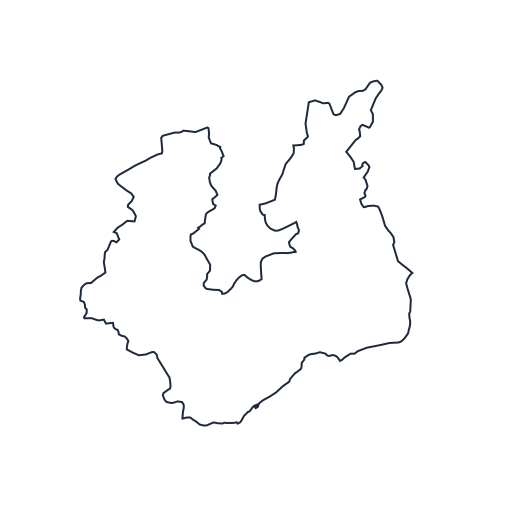 the district of Minuf, Al Minufiyah, Egypt, rotated 247°
{"feature_id": "37247803B35886288843325", "entity_name": "Minuf", "entity_type": "district", "adm_level": 2, "iso_a3": "EGY", "parent_name": "Egypt", "parent_adm1": "Al Minufiyah", "projection": "robinson", "projection_center": [30.914, 30.46], "detail": "fine", "context": "isolated", "style": "outline", "palette": "slate", "viewbox_px": 512, "rotation_deg": 247, "n_neighbors": 0, "source": "geoboundaries", "source_scale": "gbopen_adm2", "svg_char_len": 6113}
<svg xmlns="http://www.w3.org/2000/svg" viewBox="0 0 512 512"><g transform="rotate(247 256 256)"><path d="M343.2,333.6L342.1,333.2L340.8,333.2L338.6,332.2L336.8,331.3L335.9,330.8L334.2,328.5L332.1,325.2L329.1,319.3L324.8,315.5L320.9,312.2L316.6,306.6L314.0,303.9L311.3,302.0L307.0,299.6L303.0,297.2L300.4,295.3L300.7,285.3L301.2,282.2L301.8,279.4L298.2,278.0L295.6,277.5L293.8,277.9L291.5,278.3L290.2,280.1L289.2,279.6L286.2,278.6L283.0,278.0L279.5,278.4L275.4,280.1L271.7,283.6L270.7,286.8L270.6,291.8L271.4,305.0L271.7,306.3L269.3,306.3L267.1,305.7L263.0,305.6L260.4,303.7L260.5,301.5L257.6,295.0L255.9,291.8L253.6,291.3L251.0,291.2L248.7,293.0L245.5,294.3L244.2,294.0L245.2,291.5L245.2,290.2L245.7,288.4L246.7,285.2L248.1,282.5L250.5,276.2L251.5,273.5L251.8,264.5L251.0,260.8L248.4,258.0L245.3,256.6L234.3,252.7L232.5,252.1L232.1,249.4L232.1,248.0L232.6,246.2L233.6,244.4L235.9,242.2L239.1,240.0L243.2,237.9L243.7,235.6L242.9,232.0L241.2,228.3L239.1,225.1L236.9,222.7L235.6,220.0L234.0,215.8L233.6,213.1L234.4,210.1L236.4,210.5L239.1,208.7L241.9,202.9L244.3,198.9L245.7,197.1L249.3,196.3L251.5,197.3L253.6,201.4L256.7,203.3L258.4,203.8L259.3,205.6L260.5,207.9L265.8,210.4L272.6,209.6L276.6,209.3L279.3,208.5L282.0,207.2L283.8,205.9L287.0,203.2L289.3,201.5L295.5,201.6L299.1,203.1L301.3,204.5L301.2,206.8L303.2,214.1L304.6,213.7L304.9,216.0L305.8,218.7L306.1,221.5L309.6,223.4L310.1,223.8L314.0,226.2L314.9,228.1L315.3,229.9L316.0,236.3L318.1,238.6L318.7,238.2L320.8,236.8L325.3,237.9L326.5,242.0L327.3,244.3L331.8,244.4L334.0,243.6L338.1,242.3L342.1,242.4L346.5,243.5L348.3,245.3L349.7,245.7L352.0,254.1L353.7,256.8L355.0,259.1L358.0,261.9L359.8,262.4L360.6,265.2L366.0,265.3L369.6,265.0L370.4,265.7L371.8,264.4L372.3,263.9L373.6,263.1L377.3,258.6L383.6,258.8L387.1,260.7L392.3,262.2L393.3,261.4L393.6,252.3L393.7,248.7L395.6,245.5L397.4,242.4L399.8,238.0L399.4,236.6L399.5,233.9L400.6,231.2L401.4,229.4L402.7,220.1L403.1,217.2L401.8,214.9L389.5,210.9L387.9,209.9L387.3,209.5L387.9,205.0L387.6,196.8L386.9,191.8L386.7,185.0L386.4,179.1L385.6,174.1L384.9,168.2L384.2,161.8L383.4,159.0L381.7,156.7L376.8,157.0L373.2,158.8L370.4,160.5L367.3,162.2L365.4,163.5L363.5,164.8L362.2,165.7L359.2,166.3L358.2,166.5L355.2,163.2L353.1,158.2L351.3,157.2L346.3,160.3L343.7,160.7L339.6,161.0L336.9,159.0L335.3,157.7L338.6,151.4L338.2,149.2L337.0,145.1L336.2,140.0L335.4,138.2L333.7,134.5L331.4,136.7L327.9,136.6L324.7,136.6L323.1,132.9L325.3,131.1L326.3,129.3L325.9,128.0L319.8,121.9L318.6,118.7L316.4,117.3L315.4,116.8L313.3,115.8L309.8,113.5L303.1,111.9L299.6,110.9L298.4,105.4L298.1,101.4L295.6,93.6L297.1,89.5L296.7,86.8L295.1,83.1L292.4,81.2L289.4,79.8L286.6,78.1L285.4,77.4L283.6,76.9L280.9,79.6L278.2,79.5L275.1,78.5L272.9,79.3L269.8,77.9L266.8,73.7L265.7,73.7L263.0,80.4L259.3,84.4L257.9,86.6L256.9,91.1L252.4,91.5L250.4,98.2L248.2,97.7L246.4,97.2L244.5,97.6L243.3,98.5L241.9,99.8L239.7,99.7L237.5,99.2L235.2,101.0L234.2,102.3L233.3,103.7L230.2,104.9L227.5,105.3L226.2,103.9L222.7,101.6L220.5,100.6L215.0,105.0L212.7,107.2L210.4,109.4L208.4,116.1L208.2,122.9L207.3,124.7L204.1,126.0L200.5,125.4L197.2,125.9L184.6,127.8L179.9,128.5L178.1,128.9L176.9,128.6L173.7,127.9L171.0,126.9L169.3,126.4L167.5,125.0L167.2,122.7L166.0,117.3L164.2,115.8L159.3,115.7L156.6,116.5L153.8,120.6L153.3,121.9L152.8,126.9L151.8,128.7L150.4,130.9L147.3,131.3L144.6,130.3L141.1,127.9L140.2,127.4L139.4,127.0L137.6,126.0L136.3,125.4L135.1,124.8L135.0,125.0L134.6,128.1L134.0,130.3L133.0,132.4L129.6,134.3L127.3,136.0L123.0,138.3L121.6,139.9L120.1,142.2L119.3,144.6L119.4,149.9L119.3,152.1L117.3,154.9L115.5,158.4L114.9,159.8L114.9,161.7L113.4,164.4L112.5,166.9L111.8,168.3L111.2,170.0L110.7,171.9L110.5,173.3L109.7,173.4L108.9,173.6L108.9,174.7L109.2,176.8L110.3,178.4L112.3,181.0L113.7,182.8L114.4,184.8L115.5,187.3L115.5,189.1L116.0,190.4L117.8,193.2L118.8,195.7L118.8,199.2L118.2,199.2L117.7,198.0L117.3,196.0L116.1,196.2L116.2,197.4L116.4,198.7L117.0,199.3L118.3,200.2L119.3,201.7L120.4,205.6L120.8,209.2L121.2,213.5L122.5,220.9L124.2,225.8L125.6,229.5L127.3,237.5L129.5,239.3L131.0,242.3L133.1,246.7L133.1,248.1L134.6,253.3L135.9,254.5L139.7,256.3L141.8,260.0L143.5,260.9L144.4,265.8L144.2,268.2L142.9,272.9L142.5,277.2L140.6,279.7L139.3,281.4L138.0,282.3L137.0,282.4L135.9,283.5L135.3,284.6L135.0,287.6L133.4,289.9L131.8,291.1L127.9,292.2L126.6,292.3L126.8,294.8L128.0,298.0L129.1,305.0L127.6,308.4L128.6,312.6L128.3,322.0L126.4,331.1L125.1,337.5L123.8,344.8L121.8,350.4L120.7,353.3L120.6,356.1L120.7,356.4L121.9,360.0L123.3,362.4L124.8,364.9L125.7,366.0L127.9,367.5L131.3,370.2L134.0,371.7L136.0,372.5L137.6,372.8L140.8,373.6L143.4,374.7L144.5,376.2L155.6,381.6L167.2,382.8L172.2,383.5L175.3,386.1L177.6,389.3L179.2,392.4L179.3,393.3L180.9,392.5L186.2,389.9L190.7,387.3L195.7,384.7L201.4,385.3L212.6,386.5L214.8,388.8L219.6,389.9L224.1,389.1L227.7,387.8L231.3,387.0L233.5,386.6L234.2,386.7L238.4,387.2L243.8,387.8L247.8,387.9L251.3,388.0L254.0,387.6L255.0,385.9L256.4,384.1L257.3,381.4L258.3,378.2L258.4,376.0L258.9,374.2L262.9,373.4L264.0,373.5L267.4,373.9L267.7,378.9L268.5,380.3L271.6,380.4L274.2,382.8L274.2,383.7L276.8,386.0L283.5,386.6L286.2,385.8L290.0,391.8L290.5,392.3L292.8,394.4L293.5,395.1L295.3,395.1L299.0,393.7L299.8,393.4L299.8,391.2L299.0,389.8L297.2,389.3L296.9,388.3L296.0,385.6L297.0,382.6L297.5,381.1L299.7,381.6L302.8,382.3L304.6,382.7L310.8,381.5L314.0,380.6L316.7,379.8L318.6,383.4L320.6,387.1L323.9,393.2L324.2,395.5L325.5,398.7L330.3,400.2L332.1,400.2L333.9,402.1L334.7,403.0L335.1,405.3L331.9,408.4L330.0,410.1L330.0,411.0L333.9,416.1L335.1,416.6L340.9,419.0L345.4,418.7L352.3,425.7L354.5,428.0L358.3,434.0L358.7,435.0L360.0,436.8L361.3,438.2L364.4,438.3L369.8,436.2L370.3,435.3L370.9,432.1L370.9,431.2L370.9,430.2L371.0,429.0L369.7,426.6L366.7,422.0L366.3,418.8L367.8,414.8L367.9,411.2L366.3,403.9L357.7,394.6L353.9,389.0L354.1,386.9L354.4,384.5L356.3,382.7L367.4,383.1L368.8,382.2L370.2,377.7L372.8,374.9L376.2,371.1L376.9,364.7L358.5,353.3L353.8,352.1L349.2,350.8L346.1,350.7L345.2,349.8L343.6,345.2L340.5,343.8L340.5,341.5L342.5,335.2L343.2,333.6Z" fill="none" stroke="#1e293b" stroke-width="2"/></g></svg>